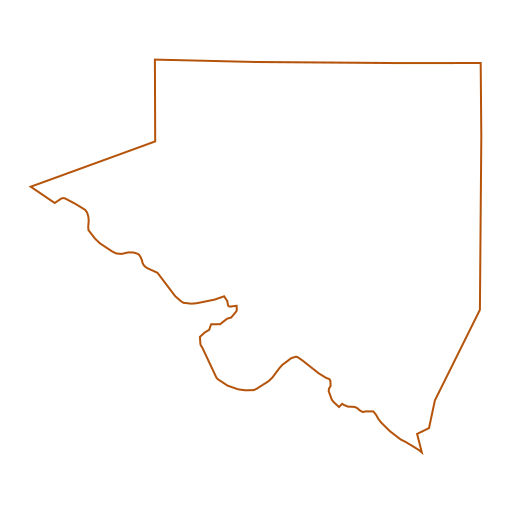 Randolph, Illinois, United States of America (Albers equal-area conic projection)
{"feature_id": "52423323B77874601092989", "entity_name": "Randolph", "entity_type": "district", "adm_level": 2, "iso_a3": "USA", "parent_name": "United States of America", "parent_adm1": "Illinois", "projection": "albers", "projection_center": [-89.91, 38.013], "detail": "fine", "context": "isolated", "style": "outline", "palette": "amber", "viewbox_px": 512, "rotation_deg": 0, "n_neighbors": 0, "source": "geoboundaries", "source_scale": "gbopen_adm2", "svg_char_len": 1393}
<svg xmlns="http://www.w3.org/2000/svg" viewBox="0 0 512 512"><path d="M480.7,63.0L399.6,63.1L255.8,62.0L154.9,59.6L155.2,141.4L30.7,186.7L54.7,203.0L61.2,198.6L62.6,198.1L64.8,198.3L75.1,203.7L85.2,209.9L87.1,212.5L88.4,216.9L88.7,220.9L88.2,227.1L88.5,230.2L95.0,238.6L100.0,243.4L112.4,251.6L116.4,253.5L121.8,253.9L128.2,252.4L133.5,252.5L137.7,253.8L139.2,254.9L140.6,257.1L142.0,260.4L142.5,262.8L143.6,265.0L145.2,266.7L147.6,268.3L157.5,272.8L175.2,296.2L181.3,301.5L183.5,302.8L191.5,303.7L196.9,303.2L214.6,299.6L224.1,296.3L227.3,301.1L227.9,304.8L228.6,306.2L230.2,306.6L236.6,305.8L236.8,309.7L236.4,311.3L231.2,317.5L227.1,318.7L220.1,324.2L211.1,324.3L209.2,329.8L204.7,332.5L199.9,336.9L200.4,343.9L200.8,345.4L202.3,347.6L216.4,377.6L217.8,379.2L226.9,385.2L227.5,385.6L238.0,389.3L245.3,390.3L253.8,390.1L257.1,388.5L268.8,381.0L272.4,377.5L279.5,368.0L282.4,364.8L291.2,358.2L295.8,356.7L297.4,357.0L302.1,360.2L318.8,373.4L326.0,377.8L329.4,379.1L330.4,380.9L330.6,386.0L329.0,388.6L328.7,391.2L331.8,399.7L333.6,402.0L339.0,407.0L342.2,403.8L343.8,404.9L347.9,406.6L354.6,406.9L357.0,408.0L360.4,410.8L362.8,412.0L365.9,411.4L373.3,411.4L375.9,414.6L378.6,419.3L381.1,422.5L389.9,431.2L400.7,439.5L405.4,441.8L415.5,447.9L419.4,450.4L421.8,452.4L417.1,433.9L429.0,428.1L434.9,400.4L479.9,309.8L481.3,137.6L480.7,63.0Z" fill="none" stroke="#b45309" stroke-width="2"/></svg>